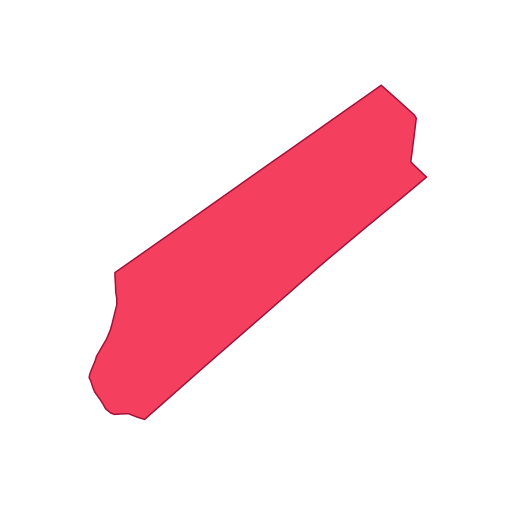 outline of Ipubi, Pernambuco, Brazil, rotated 242°
{"feature_id": "56859067B31416685078999", "entity_name": "Ipubi", "entity_type": "district", "adm_level": 2, "iso_a3": "BRA", "parent_name": "Brazil", "parent_adm1": "Pernambuco", "projection": "equal_earth", "projection_center": [-40.224, -7.501], "detail": "fine", "context": "isolated", "style": "filled", "palette": "rose", "viewbox_px": 512, "rotation_deg": 242, "n_neighbors": 0, "source": "geoboundaries", "source_scale": "gbopen_adm2", "svg_char_len": 881}
<svg xmlns="http://www.w3.org/2000/svg" viewBox="0 0 512 512"><g transform="rotate(242 256 256)"><path d="M242.3,68.1L238.8,64.6L232.6,57.0L229.2,53.3L227.0,51.6L223.2,51.4L214.9,50.0L211.2,49.8L202.5,51.0L197.3,51.4L191.5,51.5L185.4,54.1L182.6,56.6L179.1,64.4L176.5,69.5L170.0,75.0L164.0,80.9L182.7,159.1L198.9,229.2L209.5,274.8L211.1,281.2L216.7,305.5L219.8,319.5L226.7,352.1L228.1,359.0L230.2,368.6L231.0,373.0L233.6,385.6L238.7,410.8L245.6,443.6L263.5,437.7L266.6,436.9L269.2,438.8L274.5,442.6L284.1,449.4L293.1,455.7L302.4,462.2L306.1,462.0L327.2,454.4L348.0,446.7L346.0,431.2L343.3,409.1L339.7,380.5L338.3,369.9L337.0,359.0L333.5,331.1L331.9,317.5L328.7,291.9L327.4,281.8L318.0,207.6L307.6,123.7L304.0,121.8L297.0,118.6L289.8,115.1L284.3,113.3L278.2,110.1L264.3,97.6L259.2,92.8L252.7,84.9L250.4,81.0L242.3,68.1Z" fill="#f43f5e" stroke="#9f1239" stroke-width="1.5"/></g></svg>